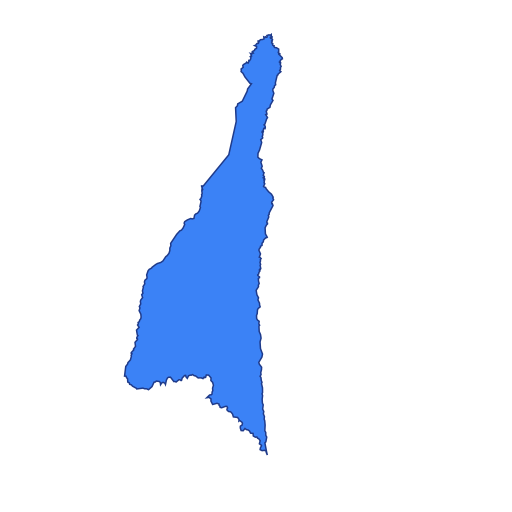 Jaborandi, Bahia, Brazil (Mercator projection), rotated 310°
{"feature_id": "56859067B63285014650329", "entity_name": "Jaborandi", "entity_type": "district", "adm_level": 2, "iso_a3": "BRA", "parent_name": "Brazil", "parent_adm1": "Bahia", "projection": "mercator", "projection_center": [-45.328, -14.136], "detail": "fine", "context": "isolated", "style": "filled", "palette": "blue", "viewbox_px": 512, "rotation_deg": 310, "n_neighbors": 0, "source": "geoboundaries", "source_scale": "gbopen_adm2", "svg_char_len": 6141}
<svg xmlns="http://www.w3.org/2000/svg" viewBox="0 0 512 512"><g transform="rotate(310 256 256)"><path d="M333.5,198.8L332.8,196.1L332.9,193.9L336.0,191.5L339.4,190.6L346.6,187.4L348.2,184.8L350.4,185.3L351.0,185.0L351.6,183.9L353.2,183.4L354.1,182.4L355.8,181.7L354.9,181.0L355.5,180.6L356.4,181.0L358.7,179.9L359.3,180.1L359.3,181.0L360.1,180.8L361.4,179.5L361.6,177.9L362.6,178.1L368.0,176.0L369.4,175.9L370.6,172.5L371.8,173.2L373.5,170.7L374.5,170.8L375.7,170.1L378.9,171.1L380.9,169.9L386.1,169.0L386.5,167.3L392.1,165.1L393.5,162.6L394.8,161.6L396.9,161.6L398.4,160.7L399.8,161.0L401.0,159.6L408.0,156.1L408.9,156.4L409.5,156.0L413.2,156.6L413.3,154.9L414.9,154.7L416.0,153.6L417.4,153.4L418.2,151.5L419.1,151.2L419.5,149.6L420.1,150.2L420.6,149.1L422.9,149.0L424.0,149.5L424.8,148.6L425.2,144.3L425.8,144.6L426.3,144.2L425.7,143.2L426.6,142.5L426.5,142.0L427.2,142.0L429.1,140.4L428.7,137.8L427.7,136.2L428.1,135.0L428.7,134.7L428.2,133.5L428.5,132.8L429.5,132.3L429.3,130.9L431.0,130.3L430.9,129.7L432.3,129.7L432.8,128.3L432.2,127.3L432.3,126.7L432.9,126.5L433.7,127.7L434.2,127.6L434.4,126.2L435.5,125.3L434.5,125.1L433.7,123.7L431.9,122.6L431.6,123.2L430.7,123.7L429.8,123.1L430.0,122.3L428.9,121.8L428.8,121.2L427.5,122.6L426.1,121.9L424.5,120.3L422.7,120.4L422.2,119.4L421.3,120.0L421.1,121.0L420.3,121.1L419.2,120.1L417.2,120.2L416.3,119.7L416.9,121.8L415.4,122.9L413.6,122.2L412.5,122.7L410.3,121.8L409.7,123.5L409.2,123.0L409.4,122.3L408.0,122.7L407.6,121.8L407.3,123.2L406.7,123.0L406.2,124.1L405.0,123.5L404.7,124.6L403.4,125.3L401.7,125.5L401.2,124.8L400.5,125.5L398.7,125.9L398.5,124.2L397.6,124.4L394.5,123.3L393.3,123.5L392.3,124.9L389.6,124.4L389.1,125.2L387.7,126.0L387.6,128.5L386.0,132.6L384.4,140.4L385.0,141.8L378.6,142.2L376.6,143.3L365.8,146.0L360.8,144.2L359.1,145.2L356.5,145.0L346.3,154.4L316.0,170.1L275.8,170.6L274.7,169.3L274.1,169.9L274.4,170.4L272.4,171.7L272.9,172.0L272.6,172.5L271.1,172.6L269.2,174.7L268.1,174.8L267.2,175.9L264.5,176.9L263.4,176.7L262.9,178.4L262.2,179.0L257.9,181.2L257.4,182.3L253.9,183.6L251.2,183.7L249.5,182.8L247.8,182.7L244.9,184.3L243.4,183.3L242.8,181.9L239.5,180.2L236.5,179.3L235.0,179.8L234.3,181.1L230.8,182.1L227.9,182.3L226.4,181.5L221.7,181.3L210.8,182.5L209.1,184.2L206.7,184.9L204.8,186.5L202.1,187.6L199.2,187.7L197.5,187.3L192.4,187.9L189.8,187.2L186.9,185.3L184.9,184.6L180.4,183.6L179.7,183.8L177.2,182.8L175.4,182.8L171.2,184.4L169.7,186.2L168.5,186.9L166.1,186.5L164.4,187.2L163.2,188.7L160.0,189.1L159.5,189.9L156.3,191.4L154.8,193.3L152.9,193.3L151.2,195.9L148.3,196.0L146.9,196.6L145.2,198.5L142.3,199.1L141.6,200.5L139.0,201.6L137.4,205.2L135.4,207.2L133.8,208.1L132.1,208.1L130.7,208.8L129.3,208.4L128.4,209.5L127.0,209.6L126.2,212.3L122.4,212.1L119.2,215.9L119.2,216.7L116.9,217.1L116.2,217.7L116.4,218.4L115.9,218.9L112.1,218.8L109.3,221.8L105.9,222.0L105.5,222.7L101.9,222.5L101.3,222.8L101.4,223.8L99.6,224.2L99.1,225.0L95.6,226.6L92.1,226.4L90.6,227.1L87.7,227.2L79.5,232.5L80.4,233.7L79.5,235.2L79.5,236.4L77.0,238.8L77.4,240.5L76.5,241.7L77.2,243.4L76.9,245.0L77.8,249.6L77.5,250.1L82.1,254.3L82.7,256.0L84.0,257.6L84.5,259.6L89.1,260.3L93.8,259.0L94.8,259.9L96.1,260.0L97.8,262.7L97.5,264.1L96.1,265.6L98.2,265.4L99.5,266.0L100.0,268.0L99.4,269.2L103.4,267.1L105.7,266.6L106.8,266.9L108.2,268.4L107.0,273.8L107.7,274.4L108.1,275.8L111.7,276.5L112.3,277.3L112.4,278.7L112.9,278.9L115.0,277.9L118.5,278.1L119.3,278.8L118.4,280.1L118.1,282.0L120.9,281.3L122.6,282.3L123.0,283.0L124.4,283.6L124.6,285.7L125.3,286.7L125.4,290.0L127.4,292.3L128.0,294.2L129.6,294.0L130.1,294.4L129.9,295.0L130.7,295.4L132.9,294.4L134.3,296.3L133.7,299.9L131.6,301.5L131.3,304.0L129.6,306.5L126.8,307.7L125.0,309.5L123.6,309.8L122.0,311.0L121.1,311.0L119.7,309.8L115.8,309.4L117.5,310.9L117.6,313.4L115.9,314.7L114.4,318.2L118.1,320.8L118.4,321.6L118.8,322.9L117.9,323.7L117.7,325.1L117.0,325.8L117.6,327.2L121.1,329.2L122.1,330.3L121.4,331.9L119.9,332.2L119.2,333.3L119.4,335.4L120.2,336.3L120.3,337.6L119.8,339.7L118.2,342.1L120.5,345.7L119.8,348.2L118.6,349.0L119.3,349.2L119.6,350.0L119.6,352.3L119.2,353.1L117.5,354.0L115.7,353.4L115.1,353.7L114.1,354.6L112.7,356.8L113.9,358.5L116.8,358.4L116.8,360.2L117.6,361.6L117.8,363.4L116.8,365.7L118.2,367.8L116.4,369.6L116.8,372.0L117.9,373.0L117.4,374.4L117.8,375.4L117.2,377.9L114.3,379.3L114.5,381.7L114.2,382.2L111.8,382.7L110.3,383.6L110.8,385.8L112.6,387.4L113.0,389.7L118.6,382.9L120.0,383.0L124.2,380.6L124.9,378.8L127.1,376.9L127.8,375.1L132.3,371.7L135.4,368.6L136.3,367.1L138.4,365.7L139.8,363.1L141.9,361.9L143.0,359.5L146.6,357.2L147.4,355.5L150.2,352.8L153.3,350.8L154.3,349.2L155.6,348.8L159.2,345.7L161.8,342.2L163.1,341.8L164.0,340.1L166.1,337.9L166.5,336.4L168.4,336.1L169.7,334.6L172.4,333.3L174.4,331.8L175.3,328.0L176.3,326.5L182.4,325.5L185.1,324.0L187.9,319.0L192.8,314.3L196.3,312.7L198.7,310.0L200.2,307.0L204.2,303.3L205.3,303.3L205.8,301.8L208.0,300.4L207.9,298.3L208.5,296.7L210.8,294.6L212.6,294.0L215.8,291.7L217.4,291.4L219.5,291.9L220.1,291.5L220.5,290.5L222.1,289.0L223.6,285.7L225.6,284.8L226.9,281.6L229.8,278.2L234.1,277.6L235.2,276.5L237.0,276.1L238.4,274.0L240.4,272.2L241.6,272.6L242.2,272.2L242.3,269.8L242.7,269.4L244.0,269.6L245.2,268.8L246.8,268.7L247.4,267.5L248.3,267.4L248.3,268.0L249.5,267.7L251.5,265.1L252.3,265.1L252.8,264.5L253.7,263.1L255.0,262.7L256.1,261.6L257.3,261.6L257.5,260.1L257.2,259.3L260.5,258.1L262.3,254.5L263.2,254.0L265.6,253.8L266.3,253.2L268.0,253.8L269.7,252.4L271.5,252.5L273.2,251.5L276.4,251.8L276.8,252.4L277.6,252.6L279.0,249.0L283.5,244.8L286.4,244.1L288.0,244.2L288.6,243.6L288.4,243.0L289.3,242.2L294.1,240.7L295.1,239.3L296.4,239.3L297.5,238.4L305.6,236.6L306.6,234.9L306.2,234.5L307.3,233.4L310.4,233.3L311.3,231.5L312.1,231.4L313.3,228.1L313.3,224.4L314.1,220.3L314.7,219.3L314.1,218.0L314.2,217.0L317.0,216.3L317.2,215.1L318.1,214.8L319.3,213.3L319.9,212.9L320.0,213.6L320.6,213.3L320.9,212.6L320.6,211.3L321.8,211.6L322.3,211.3L322.4,209.7L325.0,208.6L324.8,208.0L326.0,206.0L326.6,203.7L328.7,203.1L331.0,199.4L333.5,198.8ZM113.0,389.7L112.1,390.1L110.8,392.6L113.0,389.7Z" fill="#3b82f6" stroke="#1e3a8a" stroke-width="1.5"/></g></svg>